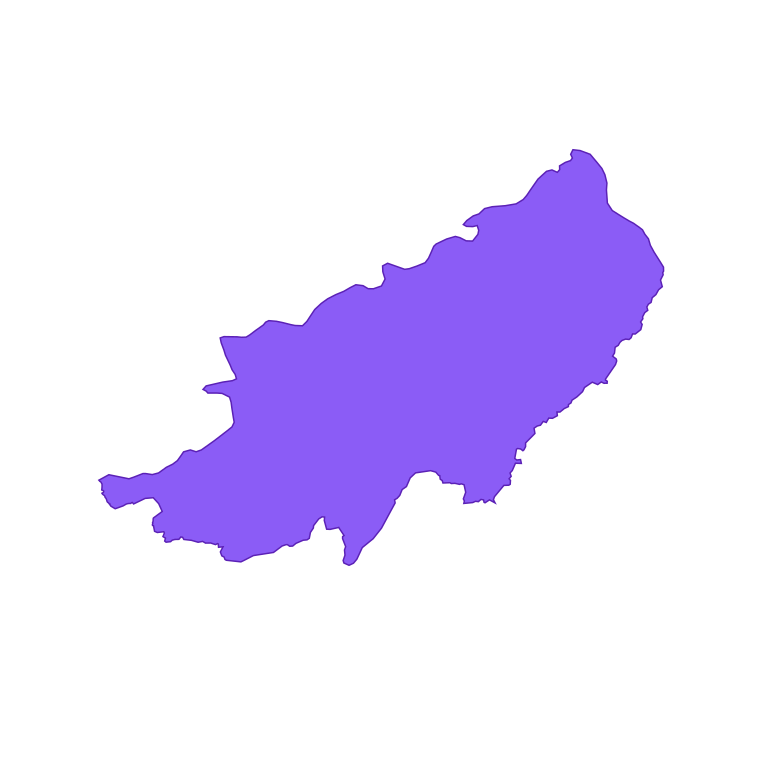 Seke-Banza, Bas-Congo, Democratic Republic of the Congo, rotated 71°
{"feature_id": "63176286B69853523616594", "entity_name": "Seke-Banza", "entity_type": "district", "adm_level": 2, "iso_a3": "COD", "parent_name": "Democratic Republic of the Congo", "parent_adm1": "Bas-Congo", "projection": "robinson", "projection_center": [13.441, -5.391], "detail": "fine", "context": "isolated", "style": "filled", "palette": "violet", "viewbox_px": 768, "rotation_deg": 71, "n_neighbors": 0, "source": "geoboundaries", "source_scale": "gbopen_adm2", "svg_char_len": 4987}
<svg xmlns="http://www.w3.org/2000/svg" viewBox="0 0 768 768"><g transform="rotate(71 384 384)"><path d="M287.1,523.9L292.1,524.5L299.8,524.3L305.2,524.5L315.7,523.3L321.1,523.0L326.5,521.6L331.1,521.8L331.5,526.3L329.7,535.8L327.9,552.8L330.2,556.9L332.9,554.4L335.2,553.5L338.2,544.8L340.2,540.1L346.1,534.3L351.5,534.5L356.9,535.6L366.9,537.4L371.4,538.1L375.1,541.7L377.8,549.3L382.4,563.0L386.9,578.2L386.9,583.7L383.3,588.6L382.9,595.6L385.6,599.2L389.2,604.3L391.0,609.9L391.9,616.9L394.7,626.1L394.2,632.6L391.1,638.5L390.2,641.0L390.6,651.0L390.6,656.0L380.2,673.7L382.1,684.9L382.8,684.6L383.3,684.5L384.5,683.6L386.8,683.2L388.9,683.9L390.9,684.7L392.0,685.3L392.3,685.4L392.8,685.0L393.1,684.4L393.8,683.9L394.6,684.1L395.0,684.5L395.3,684.9L395.3,685.5L395.3,686.1L395.5,686.3L396.2,686.1L396.8,685.8L397.5,685.4L398.4,684.7L399.3,684.5L400.5,684.6L401.3,684.2L402.2,684.0L403.7,684.0L404.9,684.1L405.7,683.9L406.2,683.6L406.4,683.3L407.7,682.9L408.0,682.8L408.1,682.4L408.3,682.2L408.9,682.5L410.6,682.0L414.4,678.8L414.4,675.9L414.3,670.3L413.6,666.8L413.7,665.1L414.0,663.8L414.5,662.4L414.0,661.3L414.1,660.5L415.9,659.8L414.4,647.1L416.4,639.2L423.8,636.0L432.3,635.2L435.6,645.6L436.4,646.2L437.9,646.7L438.8,647.2L439.4,647.6L439.8,648.0L440.5,648.0L441.6,648.8L442.4,648.9L442.9,648.1L448.6,648.9L450.6,646.7L452.0,640.3L453.4,640.2L456.3,642.7L458.6,640.8L461.1,642.5L462.6,641.6L463.6,637.1L462.7,635.1L462.9,632.3L464.1,628.5L462.5,625.9L463.4,624.3L465.8,623.9L469.1,617.0L473.1,611.3L473.8,606.7L475.8,605.0L476.3,604.6L477.9,599.7L481.0,595.6L480.7,593.4L481.1,593.1L481.3,592.8L484.5,593.6L485.5,589.2L489.5,593.4L493.7,593.3L495.6,591.5L498.1,591.5L499.3,590.5L505.6,577.2L505.2,573.8L503.7,563.4L503.8,562.7L507.3,543.3L504.0,533.1L504.0,529.0L504.4,527.7L506.7,526.0L507.5,523.1L506.0,519.1L505.4,511.3L506.3,507.5L505.6,504.9L500.4,501.9L497.2,497.7L495.0,496.7L490.3,489.6L490.0,488.2L489.4,485.8L490.5,483.5L493.6,484.9L499.6,485.3L502.6,485.5L503.9,482.3L504.9,473.5L505.0,473.5L514.3,471.1L514.8,472.8L515.8,473.2L516.7,473.5L525.3,473.2L528.1,475.4L533.1,476.6L537.6,480.1L540.2,480.2L544.0,476.1L544.0,475.6L543.5,471.2L540.8,466.7L534.6,460.7L531.6,457.8L527.6,447.0L526.8,444.7L519.5,433.3L506.4,419.1L500.1,412.2L496.9,411.7L496.4,408.9L494.5,405.4L489.7,401.2L488.3,396.2L481.3,389.8L478.3,383.1L481.1,368.2L482.8,365.7L484.2,363.7L488.2,362.1L488.8,361.1L491.1,361.6L492.4,361.8L494.2,360.4L496.8,360.5L498.8,353.8L500.0,352.8L501.0,349.3L503.5,345.2L503.5,343.5L505.3,341.1L513.0,342.0L518.5,346.4L520.7,346.1L522.6,347.2L522.9,347.4L525.0,338.7L524.7,335.6L526.0,333.1L524.7,329.9L526.0,327.6L528.5,327.9L529.2,327.1L527.9,322.0L532.6,317.7L529.0,318.2L526.5,316.2L518.9,303.7L520.3,299.0L520.1,297.9L519.9,297.3L516.3,295.8L514.4,296.6L512.7,293.8L509.2,293.8L507.6,290.9L501.7,285.5L503.8,280.0L501.7,279.7L499.9,279.5L499.1,283.2L497.0,284.6L488.8,280.0L488.5,278.7L489.9,276.0L492.3,274.4L491.8,273.1L489.3,270.5L485.8,269.3L479.9,257.4L474.6,256.5L473.6,252.7L473.9,249.5L471.2,245.6L473.2,243.1L469.9,239.3L470.7,237.3L471.3,235.8L470.4,230.4L466.8,229.6L467.8,226.7L465.9,221.6L465.4,217.0L463.5,216.3L462.8,213.4L460.5,211.5L459.0,205.8L455.9,198.8L454.6,197.5L452.6,195.6L450.1,186.5L454.1,182.1L452.8,177.9L455.0,175.7L455.3,174.5L455.9,172.8L454.1,172.0L452.4,173.3L451.4,172.9L441.0,158.8L438.0,156.5L436.5,156.3L435.9,156.3L432.1,158.8L429.8,156.0L424.5,153.5L423.7,149.9L423.3,149.5L421.4,147.3L420.3,144.7L420.2,140.9L421.7,137.8L421.1,136.2L420.7,135.3L417.6,132.7L418.5,130.1L416.2,123.5L411.7,120.5L408.9,121.2L406.6,118.0L404.7,117.7L401.4,114.2L400.2,110.6L396.7,110.4L396.4,110.0L394.6,108.0L393.8,104.9L389.7,102.3L388.0,97.8L385.2,94.7L384.3,93.7L382.6,89.2L375.7,88.7L371.6,84.5L369.5,84.2L368.3,82.9L364.5,81.7L358.6,83.0L347.3,85.7L339.6,87.0L332.8,86.7L327.3,88.6L322.4,89.4L318.7,91.8L317.1,93.0L313.3,95.7L309.7,99.1L305.1,103.0L299.2,107.8L294.3,111.7L285.6,113.9L281.6,112.8L272.9,110.5L266.6,107.8L258.0,107.0L251.2,107.8L243.5,110.6L233.9,114.3L227.1,122.6L224.0,129.1L227.6,132.7L231.7,132.3L233.5,134.9L233.5,140.4L234.9,147.0L238.5,148.1L240.3,151.2L236.3,155.5L235.8,161.1L240.4,171.7L247.7,181.7L252.2,187.7L254.9,192.3L256.7,200.4L254.9,211.3L251.6,224.0L250.9,231.8L254.1,238.9L254.1,244.9L256.4,252.5L259.1,257.1L261.8,254.7L264.1,248.8L264.5,244.3L269.5,244.4L273.1,246.5L277.7,253.7L275.4,259.7L270.4,264.5L267.7,268.5L267.3,277.5L268.6,289.1L270.0,292.1L274.6,296.3L279.5,300.9L282.7,305.6L283.2,314.6L283.2,322.6L282.3,327.1L276.4,334.5L271.0,341.3L271.9,346.9L277.3,348.5L278.3,348.6L285.1,348.8L290.5,354.5L290.5,363.0L288.7,368.0L284.2,371.8L281.0,378.3L281.9,384.8L283.3,391.9L283.8,400.4L285.1,409.5L287.4,417.1L291.0,425.2L296.5,432.4L299.7,436.5L302.4,442.1L299.7,449.1L297.4,453.0L292.9,459.9L289.7,465.3L286.6,472.3L287.0,475.8L288.9,478.8L291.6,488.0L293.9,495.0L294.8,499.1L293.4,503.6L291.6,507.5L287.1,519.9L287.1,523.9Z" fill="#8b5cf6" stroke="#5b21b6" stroke-width="1.5"/></g></svg>